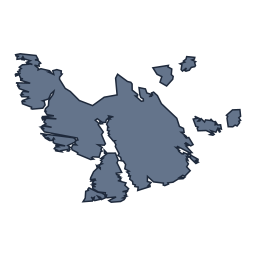 Sund nor, Hordaland, Norway
{"feature_id": "86288312B82260053973659", "entity_name": "Sund nor", "entity_type": "district", "adm_level": 2, "iso_a3": "NOR", "parent_name": "Norway", "parent_adm1": "Hordaland", "projection": "robinson", "projection_center": [5.059, 60.233], "detail": "fine", "context": "isolated", "style": "filled", "palette": "slate", "viewbox_px": 256, "rotation_deg": 0, "n_neighbors": 0, "source": "geoboundaries", "source_scale": "gbopen_adm2", "svg_char_len": 5788}
<svg xmlns="http://www.w3.org/2000/svg" viewBox="0 0 256 256"><path d="M62.2,74.0L61.1,73.6L61.3,70.9L56.8,69.6L52.8,70.7L53.8,74.5L48.5,72.1L50.7,71.9L49.5,70.7L40.9,68.7L38.1,69.9L38.4,68.3L34.5,65.2L39.2,66.1L38.8,64.1L40.7,63.2L37.9,60.3L35.0,59.9L38.0,59.1L36.0,55.5L20.2,53.8L15.6,54.7L16.1,56.0L19.2,56.3L17.2,56.3L17.0,59.3L21.5,58.8L22.9,56.6L23.6,57.8L22.2,59.6L24.3,59.9L24.4,58.9L30.3,60.7L26.8,62.2L32.4,64.5L26.3,63.2L27.7,64.3L22.4,64.8L19.3,67.2L21.3,68.5L19.3,69.8L20.0,70.9L17.8,71.5L18.9,73.7L19.9,73.2L20.6,73.3L18.6,73.9L15.4,73.8L16.5,74.3L15.4,74.5L15.7,76.0L19.1,74.7L20.7,78.4L23.0,78.8L20.7,79.1L20.7,80.3L30.2,83.2L16.0,82.8L18.0,83.8L17.6,85.5L20.1,86.5L17.9,86.2L19.4,88.7L29.0,92.0L23.1,91.4L21.4,93.3L22.9,94.6L20.7,94.9L21.9,96.8L28.2,96.8L27.6,97.8L28.9,98.2L22.9,100.4L24.4,101.5L22.0,101.6L22.5,103.8L31.6,107.2L31.2,108.7L32.3,109.1L42.8,108.2L45.1,105.0L44.2,101.3L42.7,100.8L48.6,98.9L50.9,93.8L53.9,91.1L53.1,94.4L48.8,100.6L48.4,105.8L45.5,108.6L45.0,110.3L45.9,111.1L44.9,111.4L47.0,114.6L53.9,115.8L41.8,116.6L56.4,118.9L42.0,118.1L42.7,120.0L45.6,119.2L43.9,122.0L46.0,123.9L43.2,125.3L51.6,127.3L43.9,126.1L40.6,127.0L44.4,128.7L41.9,128.8L44.5,131.9L77.2,138.0L77.9,140.0L76.1,140.4L74.7,143.1L76.6,144.9L73.0,144.7L71.5,147.7L72.1,149.8L77.7,152.7L77.4,154.0L90.6,159.5L93.6,159.1L91.6,157.7L92.9,156.8L99.1,157.2L100.8,151.5L102.1,151.1L100.9,149.2L102.2,147.5L98.0,144.8L104.2,145.2L105.4,143.8L101.5,134.6L103.3,132.0L98.2,124.7L98.7,123.3L95.2,120.2L97.3,118.7L101.5,121.8L99.8,122.0L100.1,123.9L102.7,123.7L102.3,122.3L105.7,122.4L106.2,120.0L109.1,117.2L108.5,115.9L113.5,116.9L110.2,116.6L111.0,117.4L109.3,118.2L110.1,119.0L108.0,119.0L108.8,120.1L106.6,124.3L108.4,127.3L107.6,127.3L107.4,130.5L109.3,131.0L108.1,133.2L109.5,134.3L108.4,135.3L113.2,140.9L114.9,140.8L114.0,141.5L115.9,144.6L115.3,146.5L119.1,153.6L118.0,155.3L120.7,157.4L121.4,160.1L120.2,160.5L123.4,161.2L125.6,164.4L124.8,168.8L129.1,171.2L126.8,172.0L129.1,173.9L128.6,176.1L130.4,175.9L129.7,179.2L132.6,181.5L132.9,184.2L135.3,184.9L134.8,186.5L138.2,187.1L137.7,190.5L150.1,186.6L150.0,185.5L148.2,185.7L151.0,182.5L147.4,181.5L147.5,176.4L153.6,181.9L163.4,183.1L163.2,185.0L164.8,185.6L168.5,184.1L167.8,182.9L173.0,182.2L178.2,179.0L183.1,178.7L184.6,177.4L179.6,177.4L182.7,175.3L184.9,176.1L190.2,170.7L186.6,166.8L188.4,163.9L186.5,161.1L186.3,159.4L188.0,160.3L186.5,156.6L189.5,157.4L186.4,153.7L183.5,152.6L183.5,153.9L181.9,153.8L179.3,151.8L178.6,150.9L179.5,150.6L176.0,147.5L178.3,147.9L177.1,146.2L188.5,152.1L187.8,154.2L190.0,154.3L190.6,158.4L195.9,163.5L198.1,162.3L195.0,161.1L196.3,160.1L197.8,161.7L198.1,159.3L191.2,155.4L189.6,152.8L192.0,152.6L185.9,146.0L188.3,145.5L185.0,143.7L185.9,142.8L190.7,145.9L193.1,144.6L188.8,137.5L186.2,138.0L185.0,136.5L186.9,136.9L181.2,132.3L184.1,132.3L183.5,128.4L179.4,126.4L176.8,118.3L161.4,103.7L157.4,95.6L153.6,92.1L151.6,92.9L152.6,95.0L150.7,95.9L152.1,96.2L150.2,96.4L151.5,94.4L146.9,93.0L145.4,88.9L139.0,87.6L139.9,94.9L140.9,97.5L143.3,98.9L143.4,100.9L141.4,101.3L135.4,96.0L137.5,96.0L137.7,94.5L132.2,90.1L132.1,84.0L130.8,82.3L127.5,81.5L117.6,74.2L115.6,78.2L117.1,94.9L104.2,97.2L92.6,105.6L79.3,100.5L70.3,91.5L65.2,88.4L59.5,79.2L59.6,77.1L62.2,74.0ZM102.2,163.8L98.5,165.1L99.6,165.5L98.7,166.9L100.3,167.5L100.3,168.8L96.6,165.8L97.3,168.2L93.6,171.7L90.7,177.8L90.4,179.3L91.5,179.7L90.8,181.1L92.8,180.9L91.8,179.5L95.0,179.0L95.4,180.1L94.6,179.9L94.4,180.3L94.1,180.0L93.9,180.2L92.4,183.3L96.2,184.1L91.9,184.9L95.6,186.9L92.6,186.2L92.9,188.6L98.3,192.0L105.3,192.7L105.1,194.6L106.7,195.0L106.1,196.8L107.0,197.8L116.1,197.0L108.8,200.6L111.2,202.2L120.6,201.5L124.1,199.6L125.1,198.2L123.0,197.9L126.7,196.2L124.9,195.6L126.4,194.7L125.7,193.0L127.1,191.5L122.5,191.7L127.3,190.5L128.6,188.7L124.8,185.3L126.0,182.9L117.8,180.6L120.4,180.6L119.7,180.0L120.9,178.7L118.7,177.3L120.4,177.0L118.3,176.0L119.2,175.0L116.6,174.6L116.2,173.2L121.7,172.4L117.0,162.8L118.2,160.0L115.4,153.1L107.1,153.2L104.2,150.1L104.5,153.3L106.7,153.9L101.1,158.3L103.1,158.3L100.7,160.4L102.0,161.4L100.8,163.2L102.2,163.8ZM73.6,137.8L40.2,133.5L47.1,135.2L43.4,135.8L45.8,138.2L48.0,137.7L49.1,138.7L46.7,138.9L49.5,140.5L52.1,140.5L53.7,138.0L54.4,139.0L53.3,139.2L53.3,142.4L54.5,143.4L65.2,145.9L55.4,145.1L58.4,146.8L55.5,147.0L54.2,148.7L58.3,150.7L55.0,150.4L56.0,150.9L61.9,151.8L60.9,150.7L67.9,149.4L67.3,151.0L68.9,151.1L70.0,149.3L69.1,147.9L70.3,147.4L67.7,145.5L74.6,142.3L76.1,140.0L73.6,137.8ZM199.9,118.7L194.7,116.3L196.7,118.4L193.2,119.1L195.8,126.3L198.1,127.1L197.2,128.3L198.0,130.8L206.1,130.5L212.2,133.4L209.8,134.6L212.9,135.2L214.2,134.4L211.1,130.8L215.9,132.2L217.6,128.7L219.4,132.0L220.3,131.6L218.6,128.3L221.4,129.1L220.6,124.8L217.7,125.0L216.2,122.7L216.2,124.6L215.1,124.8L215.4,121.9L212.8,121.3L210.6,118.8L211.5,120.6L205.5,119.9L204.6,122.0L201.2,118.7L199.8,121.0L198.0,121.1L199.9,118.7ZM166.6,86.0L172.7,79.3L173.2,76.4L171.3,74.6L171.8,69.0L167.9,66.9L168.4,65.4L152.9,67.8L157.0,74.3L161.8,76.6L160.0,82.2L166.6,86.0ZM239.9,109.6L232.5,109.9L226.4,115.3L227.7,116.4L227.0,118.2L228.2,126.7L232.8,126.8L235.1,125.1L237.1,126.0L239.6,122.7L238.8,121.2L240.6,120.4L238.8,117.7L240.6,116.3L239.9,109.6ZM100.0,199.4L97.8,196.3L100.6,197.5L101.5,199.5L105.4,197.8L104.7,194.8L101.7,192.9L97.7,192.2L89.0,187.8L87.8,189.3L88.4,190.3L85.7,191.3L85.2,198.2L83.0,201.7L92.4,201.0L92.8,199.1L91.2,197.0L92.7,198.3L94.3,197.3L93.6,200.0L94.7,200.6L100.0,199.4ZM194.8,57.4L186.7,56.6L186.0,59.1L183.4,61.1L184.8,62.1L180.0,63.8L181.9,64.7L181.1,69.6L182.5,71.1L186.4,68.0L185.0,70.7L185.9,71.2L189.3,70.2L191.3,67.4L194.7,66.7L195.5,65.6L194.6,62.5L195.7,61.7L192.0,59.9L194.4,59.1L194.8,57.4Z" fill="#64748b" stroke="#1e293b" stroke-width="1.5"/></svg>